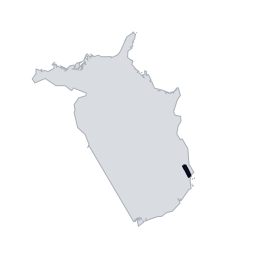 location of Riverside, California, United States of America, rotated 243°
{"feature_id": "52423323B62695195222235", "entity_name": "Riverside", "entity_type": "district", "adm_level": 2, "iso_a3": "USA", "parent_name": "United States of America", "parent_adm1": "California", "projection": "albers", "projection_center": [-115.203, 33.753], "detail": "fine", "context": "in_parent", "style": "filled", "palette": "ink", "viewbox_px": 256, "rotation_deg": 243, "n_neighbors": 0, "source": "geoboundaries", "source_scale": "gbopen_adm2", "svg_char_len": 4498}
<svg xmlns="http://www.w3.org/2000/svg" viewBox="0 0 256 256"><g transform="rotate(243 128 128)"><path d="M198.4,83.0L209.7,76.7L210.4,65.5L215.3,65.0L218.1,70.5L222.3,72.9L218.5,76.4L218.8,77.5L217.5,76.6L217.4,79.3L214.6,82.5L214.7,89.1L217.8,90.6L219.0,89.7L218.2,88.8L218.8,89.1L219.5,90.3L216.0,92.8L214.7,91.9L215.0,93.8L210.7,96.2L208.2,99.9L208.1,98.5L207.4,97.8L207.7,101.2L208.9,101.4L209.6,104.1L208.7,108.5L205.4,107.4L206.0,104.7L204.9,106.8L206.5,108.9L208.1,109.8L208.9,111.3L208.0,118.0L207.6,114.1L204.0,111.8L204.2,107.8L202.3,109.7L205.0,114.5L202.2,113.8L201.5,114.3L201.6,112.4L201.3,112.0L201.0,113.5L201.4,114.6L205.6,115.2L205.2,116.4L203.0,115.3L202.3,115.2L205.0,116.6L206.0,116.7L206.0,118.2L204.6,117.6L207.0,118.9L206.7,119.3L205.5,118.6L203.2,119.0L206.5,119.8L208.2,119.1L211.7,123.1L208.8,120.1L210.2,122.3L206.8,123.0L210.0,124.5L210.9,123.3L210.3,126.0L206.9,126.5L209.2,126.9L208.0,128.6L210.2,128.6L206.9,130.4L206.4,134.6L203.5,136.7L199.3,145.3L198.3,144.9L197.8,151.5L198.1,153.0L200.6,157.1L209.8,168.5L210.5,175.9L208.1,177.2L204.4,174.3L202.9,171.4L198.3,169.0L199.0,167.0L197.3,167.6L196.5,162.8L191.0,159.6L185.1,162.6L183.2,160.2L177.0,161.7L177.5,160.5L176.7,161.8L174.0,163.1L173.4,161.0L173.4,162.6L164.9,165.2L168.8,165.3L168.1,167.5L171.3,168.7L170.1,170.1L166.4,168.3L166.7,170.3L162.2,170.5L159.3,168.6L158.1,170.2L151.5,169.7L148.4,173.1L149.2,172.2L147.1,171.9L146.7,175.4L143.3,178.3L144.1,177.5L141.5,177.6L142.6,178.6L139.9,180.6L139.4,184.5L137.9,184.1L139.3,184.9L140.1,188.3L141.6,190.1L140.9,191.0L133.2,189.6L130.8,184.8L121.7,175.9L117.8,175.8L114.6,180.2L109.7,178.1L107.2,173.7L100.6,168.8L93.7,169.3L93.8,171.3L82.6,172.0L68.0,165.9L58.6,166.6L57.4,163.1L53.5,159.6L45.4,156.7L45.5,154.2L39.3,142.5L39.6,141.4L40.8,143.0L40.1,140.5L43.0,140.4L37.6,140.4L33.7,129.6L35.1,124.1L34.0,117.8L35.7,113.9L37.2,102.5L39.7,103.0L36.9,102.2L38.0,99.2L37.0,99.2L35.7,92.7L41.8,94.3L40.4,97.5L42.5,95.3L42.2,98.1L40.7,98.7L41.7,98.9L42.9,97.8L43.5,95.0L42.1,90.5L129.4,85.2L129.1,83.6L131.4,85.9L141.7,86.8L151.2,83.3L166.6,87.1L167.8,88.9L173.3,90.6L177.2,97.8L175.9,105.1L178.0,106.7L188.4,97.6L186.9,94.9L187.7,94.1L194.1,91.4L198.4,83.0ZM212.6,96.9L214.4,95.7L208.3,100.5L213.0,95.8L212.6,96.9ZM42.4,93.2L43.1,95.0L43.0,95.3L42.0,93.9L42.4,93.2ZM141.4,189.6L139.9,186.7L139.7,185.0L140.1,186.8L141.4,189.6ZM219.1,76.4L219.5,77.2L219.1,77.2L219.1,76.4ZM159.6,169.5L159.9,170.1L159.1,169.7L159.6,169.5ZM48.4,159.7L49.4,159.3L48.4,159.7ZM47.4,159.3L47.1,159.8L46.7,159.4L47.4,159.3ZM217.8,92.2L217.5,92.9L217.3,92.9L217.8,92.2ZM140.0,183.4L139.7,184.8L140.5,181.9L140.0,183.4ZM206.9,164.6L208.7,166.9L206.7,164.5L206.9,164.6ZM53.2,162.1L53.6,162.9L53.1,162.2L53.2,162.1ZM211.0,176.1L210.5,177.2L211.2,175.1L211.0,176.1ZM212.6,124.6L212.2,125.9L211.9,123.3L212.6,124.6ZM41.6,91.7L41.6,92.2L41.3,91.9L41.6,91.7ZM142.7,179.1L141.4,180.0L142.7,178.9L142.7,179.1ZM219.7,91.6L220.0,92.2L219.3,92.3L219.7,91.6ZM53.1,164.2L53.4,165.1L53.0,164.3L53.1,164.2ZM141.2,180.6L140.7,181.0L141.1,180.4L141.2,180.6ZM209.0,112.5L208.7,114.1L208.9,111.9L209.0,112.5ZM148.1,173.8L147.3,174.5L148.4,173.3L148.1,173.8ZM198.2,152.1L198.4,153.2L198.1,152.5L198.2,152.1ZM210.6,128.7L210.4,129.0L210.9,127.9L210.6,128.7ZM187.3,161.7L186.4,162.5L186.0,162.5L187.3,161.7ZM173.6,163.0L173.4,163.2L172.8,163.3L173.6,163.0ZM201.8,171.9L202.2,172.6L201.6,171.8L201.8,171.9ZM171.2,165.2L171.3,166.0L170.9,164.7L171.2,165.2ZM209.2,178.8L208.6,179.1L209.4,178.6L209.2,178.8ZM209.7,104.7L209.5,105.5L209.6,104.3L209.7,104.7ZM211.7,126.4L211.4,126.7L211.3,126.8L211.7,126.4Z" fill="#d9dde1" stroke="#a8b0b8" stroke-width="1"/><path d="M69.1,159.5L66.0,159.5L65.7,159.5L65.7,159.8L64.3,159.7L63.1,159.7L61.9,159.7L61.1,159.7L60.3,159.7L59.5,159.7L59.5,159.8L58.8,159.8L58.4,159.8L58.4,159.7L58.2,159.7L57.8,159.7L57.2,159.7L57.1,159.9L56.9,159.9L56.9,160.1L56.7,160.1L56.7,160.3L56.6,160.5L57.0,160.9L57.2,161.2L57.4,161.2L57.6,161.4L57.4,161.7L57.2,162.0L57.8,162.1L57.9,162.3L58.2,162.4L58.3,162.4L58.3,162.5L58.6,162.5L58.8,162.5L59.1,162.5L59.7,162.5L59.8,162.5L62.6,162.6L65.1,162.6L67.6,162.5L68.4,162.5L68.4,162.4L68.5,162.3L68.5,162.2L68.8,162.0L68.7,161.9L68.7,161.7L68.8,161.7L68.7,161.7L68.8,161.6L68.7,161.6L68.8,161.5L68.7,161.5L68.7,161.4L68.8,161.4L68.9,161.2L68.8,160.9L68.7,160.8L68.8,160.7L68.7,160.6L68.8,160.6L68.8,160.4L68.7,160.3L68.7,160.2L68.8,160.1L69.0,160.0L69.0,159.9L69.1,159.7L69.1,159.5Z" fill="#0f172a" stroke="#020617" stroke-width="1.5"/></g></svg>